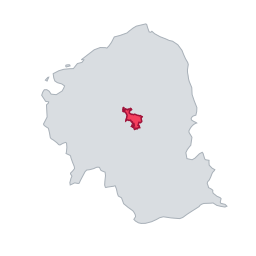 Kampong Svay, Kâmpóng Thum, Cambodia (highlighted), rotated 79°
{"feature_id": "14789045B4566000056462", "entity_name": "Kampong Svay", "entity_type": "district", "adm_level": 2, "iso_a3": "KHM", "parent_name": "Cambodia", "parent_adm1": "Kâmpóng Thum", "projection": "mercator", "projection_center": [104.694, 12.753], "detail": "fine", "context": "in_parent", "style": "filled", "palette": "rose", "viewbox_px": 256, "rotation_deg": 79, "n_neighbors": 0, "source": "geoboundaries", "source_scale": "gbopen_adm2", "svg_char_len": 6654}
<svg xmlns="http://www.w3.org/2000/svg" viewBox="0 0 256 256"><g transform="rotate(79 128 128)"><path d="M223.6,45.8L224.1,47.9L222.6,51.9L220.9,55.6L217.8,58.8L217.6,61.1L216.5,68.1L216.9,70.3L217.7,72.2L218.7,73.2L221.4,80.1L223.9,86.3L226.3,91.4L226.8,94.6L224.5,102.8L221.9,110.2L222.1,114.0L223.3,117.7L224.5,122.7L224.9,129.0L224.2,133.2L223.1,135.8L220.8,138.4L218.8,139.7L216.5,137.5L214.6,137.4L212.1,138.1L210.1,139.1L206.0,143.0L201.5,146.7L195.3,147.7L192.9,150.5L190.3,150.9L185.4,151.0L182.2,151.7L182.4,153.1L182.1,159.7L182.2,161.2L181.7,161.6L179.5,161.8L175.7,160.8L170.6,159.2L167.0,158.9L165.1,161.8L164.0,162.9L162.7,163.1L161.2,163.6L160.7,164.9L160.6,166.5L161.3,169.3L161.6,173.6L161.4,176.6L162.7,178.5L170.5,184.8L172.8,186.4L173.0,187.4L171.7,190.8L172.9,195.6L170.5,195.5L166.4,193.5L164.5,192.2L162.1,193.2L161.3,193.0L159.7,190.6L157.6,188.2L155.5,188.1L150.9,189.0L146.3,189.7L144.6,189.7L143.8,190.1L141.2,193.7L140.0,193.1L135.4,191.7L131.1,191.2L130.2,192.1L130.7,195.1L131.7,198.0L131.1,199.2L128.8,200.7L125.7,203.4L123.8,205.5L122.5,206.1L117.8,206.0L113.1,206.2L111.2,208.2L109.5,209.8L108.0,210.2L101.8,205.3L89.7,203.6L88.4,201.4L87.2,200.9L86.1,203.8L79.4,206.5L76.6,204.9L74.5,202.9L74.9,200.4L76.8,198.4L80.1,197.0L81.6,192.0L79.1,185.6L76.9,183.7L74.6,182.2L72.1,184.6L70.0,188.7L67.9,190.8L64.8,191.3L60.4,191.1L58.6,185.0L58.1,179.8L58.7,173.8L59.3,170.3L55.1,165.4L54.8,160.7L52.7,158.3L52.1,159.6L52.2,160.9L51.6,159.9L44.8,146.3L43.7,139.9L44.8,135.0L45.5,133.4L43.6,130.8L40.8,127.9L36.0,124.1L35.6,118.0L34.5,110.8L33.1,108.4L30.9,104.0L29.6,100.4L29.2,90.7L29.9,89.9L33.3,89.6L37.7,88.9L38.4,87.4L37.6,86.1L40.5,83.9L44.5,79.1L47.7,74.0L49.9,70.9L51.3,67.7L55.8,63.2L62.1,60.2L66.4,59.4L70.8,58.4L75.1,56.9L77.1,56.7L82.4,58.6L85.2,59.0L88.2,59.0L91.3,59.2L94.1,59.0L100.5,57.7L107.4,58.7L113.5,57.9L121.1,56.5L124.9,57.4L128.3,58.9L128.7,61.8L129.5,63.2L130.7,64.2L132.2,64.2L134.1,62.2L135.7,60.0L136.2,59.6L136.3,60.7L137.1,63.0L138.6,65.3L140.0,66.8L142.5,68.8L144.1,68.9L149.3,67.0L157.0,69.7L158.0,71.1L160.5,73.9L163.2,75.9L169.3,76.0L171.4,71.1L170.4,68.1L166.9,62.8L166.0,59.8L167.1,59.2L172.9,58.6L173.9,58.0L175.2,54.6L176.8,55.0L180.0,55.4L183.5,53.1L185.5,50.7L186.6,51.8L187.8,53.5L189.2,54.5L191.6,56.0L194.4,58.0L196.0,60.1L197.4,60.8L200.9,60.3L201.8,60.4L203.8,57.9L205.3,56.6L206.5,57.0L208.2,56.9L211.9,53.8L213.9,50.9L215.1,50.1L218.3,51.6L219.6,51.3L221.5,47.3L223.6,45.8ZM56.3,177.0L55.7,177.3L55.1,177.3L54.4,176.8L54.5,174.6L54.9,173.2L56.0,173.0L56.3,177.0ZM66.5,198.5L65.2,200.0L63.0,197.0L63.0,196.1L66.5,198.5Z" fill="#d9dde1" stroke="#a8b0b8" stroke-width="1"/><path d="M120.6,128.8L120.5,128.6L120.4,128.4L120.3,128.2L120.0,127.9L120.0,127.7L120.0,127.3L120.0,127.1L120.0,126.6L120.3,126.4L120.5,126.0L120.7,125.8L120.7,125.6L120.8,125.2L120.8,124.7L120.7,124.4L120.8,124.1L121.0,123.8L121.2,123.7L121.3,123.7L122.0,123.8L122.2,123.7L122.5,123.6L122.7,123.4L122.7,123.2L122.8,123.2L123.0,123.1L123.0,122.9L122.7,122.8L122.7,122.7L122.8,122.6L123.0,122.7L123.8,122.7L124.4,122.5L124.4,122.3L124.4,122.1L124.4,121.9L124.6,121.4L125.0,121.4L125.4,121.3L125.6,121.3L126.1,121.4L126.4,121.4L126.3,121.5L126.2,121.9L126.2,122.2L126.5,122.8L126.2,122.8L126.3,123.0L126.2,123.1L126.3,123.1L126.2,123.3L126.0,123.5L126.3,123.7L126.5,123.7L126.7,123.8L126.8,124.0L127.0,124.2L127.1,124.3L127.4,123.6L127.6,123.6L127.8,123.5L127.8,123.4L128.1,123.3L128.1,123.2L128.0,122.9L127.8,123.2L127.8,123.3L127.7,123.3L127.6,123.2L127.5,122.9L127.5,122.7L127.8,122.5L128.0,122.6L128.0,122.4L128.0,122.2L128.3,122.2L128.5,122.1L128.9,122.2L129.2,122.2L129.5,122.2L129.9,122.1L130.1,122.0L130.4,122.0L130.6,121.9L130.5,121.7L130.5,121.2L130.5,120.9L130.4,120.9L130.3,120.7L130.2,120.4L130.3,120.3L130.3,120.2L130.2,120.2L130.2,120.3L130.0,120.2L130.0,119.8L130.0,119.7L130.2,119.8L130.3,119.8L130.5,119.3L130.4,119.3L130.2,119.4L130.3,119.2L130.1,119.0L130.1,118.9L130.0,118.7L130.0,118.3L129.9,117.9L129.8,117.7L129.5,117.5L129.4,117.3L129.5,117.0L129.7,116.7L129.9,116.6L129.9,116.4L129.5,116.5L129.3,116.7L129.0,116.7L128.8,116.6L128.4,116.5L128.0,116.6L127.8,116.7L127.5,116.9L127.5,117.1L127.4,117.6L127.2,117.7L126.9,117.3L124.9,116.4L124.5,116.2L124.6,115.9L124.8,115.7L124.9,115.4L124.9,115.2L125.0,115.1L125.2,114.9L125.0,114.3L124.6,113.8L124.3,113.3L123.7,113.2L122.7,113.3L122.0,113.3L121.9,113.3L120.5,113.2L120.4,113.2L120.2,112.6L120.0,112.3L119.8,112.0L119.6,111.9L119.4,112.3L118.9,112.8L118.2,113.5L118.3,114.4L118.2,114.5L117.8,115.0L117.7,115.2L117.7,115.4L117.5,115.8L117.3,116.4L117.1,116.8L116.5,117.6L116.3,117.8L116.1,118.1L116.0,118.4L115.7,119.0L115.8,119.2L115.8,119.3L115.9,119.6L115.9,119.8L116.0,119.9L115.8,120.4L115.4,121.0L115.3,121.4L115.2,121.7L115.3,121.8L115.3,122.1L115.1,122.2L114.9,122.4L114.8,122.5L114.6,122.9L114.3,123.1L114.1,123.3L113.9,123.5L113.5,123.8L113.4,123.9L113.0,123.7L112.7,123.6L112.1,123.5L111.7,123.2L111.3,123.0L111.3,122.9L111.3,122.7L111.3,122.4L111.3,122.2L111.2,122.1L111.1,121.9L111.0,121.7L110.9,121.6L110.8,121.3L110.7,121.1L110.5,121.3L110.4,121.3L110.3,121.5L110.2,121.3L110.2,121.2L109.9,121.0L110.0,121.1L109.9,121.2L109.7,121.2L109.6,121.4L109.3,121.7L109.2,121.8L109.6,122.7L109.7,122.8L109.8,122.7L109.7,122.8L109.7,123.2L109.7,123.4L109.8,124.0L109.7,124.2L109.7,124.3L109.8,124.4L109.7,124.4L109.8,124.6L109.8,124.8L109.6,125.3L109.5,125.8L109.3,126.1L109.1,126.3L109.0,126.5L108.7,126.7L108.7,126.8L108.9,126.9L109.0,126.9L109.1,127.0L108.9,126.9L109.0,127.0L109.5,127.5L109.4,127.2L109.5,127.2L109.6,127.5L110.1,127.8L110.1,128.1L110.1,128.5L110.0,128.8L109.9,128.8L109.7,128.8L109.4,128.7L109.4,128.8L109.2,128.9L108.8,128.8L108.6,128.8L108.6,128.6L108.4,128.6L108.1,128.5L107.8,128.4L107.8,128.2L107.7,128.2L107.4,128.1L107.2,128.2L107.1,128.3L107.0,128.5L107.2,128.9L107.3,129.0L107.9,129.2L108.1,129.3L107.9,129.1L107.5,128.8L107.5,128.7L107.9,128.9L108.1,129.1L108.4,129.2L108.6,129.4L108.8,129.5L109.0,129.6L109.3,129.6L109.5,129.4L109.8,129.1L110.1,129.1L110.5,129.0L110.7,129.3L110.8,129.3L110.6,129.3L110.5,129.5L110.4,129.6L110.3,129.4L110.2,129.4L110.3,129.7L110.4,129.8L110.6,129.8L110.8,129.7L111.0,129.3L111.0,129.2L111.3,128.9L111.3,128.7L111.2,128.4L111.3,128.2L112.0,127.7L112.3,127.4L112.5,127.4L112.8,127.2L113.3,127.0L113.7,127.0L113.8,126.9L114.2,126.7L114.3,126.6L114.7,126.7L115.5,126.5L116.3,126.8L116.5,127.0L117.0,127.1L117.3,127.2L118.0,127.5L118.4,127.7L118.7,128.0L118.8,128.0L119.1,128.2L119.8,128.6L120.6,128.8ZM110.1,129.3L110.1,129.2L109.9,129.2L109.9,129.3L110.0,129.3L109.9,129.4L110.3,129.7L110.1,129.4L110.1,129.3Z" fill="#f43f5e" stroke="#9f1239" stroke-width="1.5"/></g></svg>